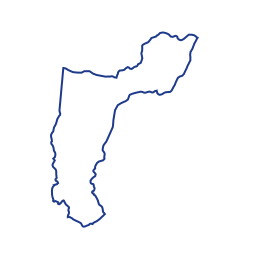 Gadette, Dennery, Saint Lucia, rotated 343°
{"feature_id": "8701671B91623550198243", "entity_name": "Gadette", "entity_type": "district", "adm_level": 2, "iso_a3": "LCA", "parent_name": "Saint Lucia", "parent_adm1": "Dennery", "projection": "albers", "projection_center": [-60.911, 13.957], "detail": "fine", "context": "isolated", "style": "outline", "palette": "blue", "viewbox_px": 256, "rotation_deg": 343, "n_neighbors": 0, "source": "geoboundaries", "source_scale": "gbopen_adm2", "svg_char_len": 5591}
<svg xmlns="http://www.w3.org/2000/svg" viewBox="0 0 256 256"><g transform="rotate(343 128 128)"><path d="M40.0,161.6L39.1,162.3L38.2,163.1L37.4,164.6L36.7,166.4L36.3,168.2L35.9,169.4L35.7,171.1L35.6,172.2L35.7,173.7L35.7,174.8L35.2,175.4L35.1,176.0L35.3,176.4L35.8,176.8L36.7,176.6L37.0,176.6L37.3,176.7L39.5,178.6L39.6,179.0L39.1,179.9L39.0,180.0L39.2,180.3L39.3,180.5L39.6,180.6L40.2,180.8L40.3,180.7L41.2,180.4L41.9,180.0L42.1,179.9L42.4,179.7L42.8,179.3L43.2,179.1L43.6,178.8L44.0,178.6L44.7,178.4L45.1,178.4L45.4,178.7L45.5,178.8L45.5,179.2L45.7,180.8L45.8,181.1L45.9,181.4L46.1,182.0L46.1,182.7L46.3,183.1L47.1,184.3L47.6,185.1L47.8,185.4L48.0,185.7L48.2,186.0L48.2,186.3L48.3,186.8L48.2,187.1L47.8,187.8L47.6,187.9L47.4,188.2L47.3,188.5L47.0,189.1L46.9,189.4L46.8,189.7L46.9,189.9L47.0,190.4L47.0,190.8L47.0,191.1L46.6,192.2L46.5,192.5L46.0,193.0L45.7,193.4L45.2,193.8L44.8,194.6L44.6,194.9L44.4,195.6L44.7,195.6L45.2,195.8L45.5,195.9L46.0,196.1L46.3,196.2L46.5,196.4L46.9,196.8L47.9,197.8L48.2,198.2L48.4,198.6L48.7,199.1L49.1,199.5L50.0,200.4L50.4,200.8L50.8,201.1L51.6,201.9L52.9,203.0L53.4,203.5L54.2,204.3L54.3,204.4L54.6,204.6L54.8,204.9L55.1,205.3L55.3,206.0L55.5,207.0L55.7,208.1L55.9,208.6L56.0,208.8L56.3,209.1L56.5,209.3L56.9,209.4L57.4,209.5L58.0,209.5L58.8,209.5L59.2,209.4L61.3,209.3L62.2,209.3L62.4,209.2L62.9,208.8L63.2,208.7L63.7,208.5L64.2,208.6L64.5,208.6L64.9,208.8L65.2,209.0L65.8,209.4L66.0,209.5L66.1,209.3L66.4,209.0L66.9,208.8L67.3,208.6L67.7,208.5L68.3,208.4L69.8,208.2L71.4,207.8L73.1,207.2L74.0,206.9L75.3,206.3L76.8,205.5L78.3,204.8L78.9,204.5L80.7,203.5L80.6,203.3L80.5,203.1L80.3,202.3L79.7,201.2L79.7,200.8L79.7,200.4L79.7,200.0L79.9,199.5L80.0,198.6L80.1,197.9L80.2,197.2L80.1,196.5L80.0,195.6L79.9,195.4L79.2,194.3L78.4,193.4L78.2,193.1L78.0,192.7L77.9,192.4L77.9,191.0L78.0,190.2L77.9,189.7L78.0,188.9L77.9,187.9L77.8,187.1L77.6,186.4L77.5,185.5L77.1,183.9L76.9,182.9L76.8,182.7L76.1,182.2L75.9,181.9L75.8,181.7L76.0,181.1L76.0,180.7L75.6,180.4L75.2,180.2L74.9,179.7L74.8,179.2L74.9,178.9L75.0,178.6L75.3,178.3L75.5,178.2L76.4,178.1L76.7,178.1L76.9,178.0L77.3,177.7L77.5,177.5L78.3,176.1L78.5,175.7L78.2,174.2L78.2,173.7L78.5,172.8L78.5,171.8L78.3,171.5L78.1,171.3L77.2,170.9L76.4,170.1L76.3,169.1L76.8,167.3L77.5,166.9L78.1,166.3L78.6,166.0L79.7,165.4L81.2,164.8L82.6,164.4L83.0,163.7L83.6,162.7L83.2,161.4L82.9,160.9L82.5,160.2L82.2,159.1L82.6,158.4L83.0,158.1L83.7,157.6L84.6,157.2L84.8,157.0L85.0,155.9L85.1,155.7L86.1,154.3L88.3,152.3L90.7,151.5L91.3,151.6L94.7,151.6L95.8,151.0L96.5,150.6L96.6,149.4L97.1,148.1L97.6,147.2L98.1,146.1L98.1,144.3L97.6,143.2L97.3,142.1L97.4,141.4L98.1,139.8L98.6,138.8L99.0,138.2L99.6,137.4L99.9,137.1L100.7,136.5L102.3,135.3L102.7,135.2L104.4,133.4L109.9,127.1L111.1,125.7L113.7,122.7L114.9,120.0L116.3,116.3L116.8,115.3L120.8,107.2L124.9,103.2L128.4,102.3L131.5,101.8L133.4,101.7L136.3,100.7L138.7,97.4L139.4,96.8L142.0,96.5L146.1,96.6L150.8,97.0L152.4,97.8L153.5,98.8L155.3,99.4L157.3,99.3L158.8,99.4L159.5,99.6L161.5,101.1L162.5,101.3L164.9,100.5L166.1,100.9L166.2,101.6L166.3,101.5L166.3,102.4L166.2,103.2L166.9,104.6L167.9,105.5L170.2,105.7L171.7,105.3L172.6,105.0L174.3,104.8L178.9,105.8L179.1,105.7L180.6,105.0L183.7,101.9L185.5,100.3L186.7,98.7L187.5,97.7L189.4,95.7L190.4,94.6L192.6,93.9L195.2,93.9L197.5,92.5L197.6,92.3L198.7,91.0L199.5,90.2L201.2,88.4L202.6,86.7L202.9,86.2L205.1,84.0L205.7,83.3L207.4,81.6L207.8,80.3L208.1,79.2L208.4,78.4L208.7,76.6L210.0,73.5L210.7,73.0L211.8,71.9L212.5,71.4L212.7,71.1L214.8,68.4L215.8,67.2L216.1,66.6L217.0,65.9L217.8,65.1L219.8,63.0L220.6,62.3L220.9,62.1L220.0,61.0L219.6,60.1L218.2,58.5L216.1,57.4L213.7,56.6L212.2,57.0L210.8,57.7L209.1,58.4L207.2,59.2L205.0,59.6L203.9,59.4L202.4,58.1L201.7,56.7L201.8,55.0L201.2,54.4L200.7,53.9L199.9,53.7L197.4,54.0L195.5,52.9L195.2,52.1L194.1,50.1L192.9,49.1L191.8,48.2L190.2,47.3L189.5,46.9L186.5,46.5L184.6,47.5L183.7,47.8L182.5,48.0L181.8,48.7L176.7,48.8L175.3,50.0L173.0,51.5L172.1,51.9L170.6,52.1L169.3,52.2L168.7,52.3L166.4,52.8L165.7,53.4L165.5,53.7L165.0,55.8L164.6,56.8L164.1,58.3L163.5,59.1L162.6,60.5L162.1,65.5L161.6,66.1L160.8,67.4L159.8,68.7L159.1,69.5L157.5,69.8L156.6,69.8L155.6,70.7L155.0,71.3L154.1,71.6L153.4,71.4L152.7,71.5L152.2,71.5L151.6,71.6L150.2,72.1L148.8,72.6L148.0,72.2L147.3,71.9L147.1,71.7L146.6,70.5L145.5,69.7L143.5,70.2L141.3,71.3L139.5,71.2L136.7,70.6L136.1,71.0L135.3,71.5L134.7,72.0L134.2,73.2L132.8,74.6L132.4,75.5L132.2,75.7L131.7,76.5L130.4,75.9L130.0,75.7L128.9,74.6L128.6,74.3L127.7,73.8L127.0,73.7L126.6,73.6L125.7,73.6L124.3,73.0L121.7,72.4L116.3,69.6L113.3,68.0L111.8,66.8L110.3,65.6L108.7,63.5L107.9,62.5L102.9,60.9L99.8,61.5L96.0,60.3L94.8,59.8L91.6,58.4L89.5,56.6L87.6,54.9L85.9,52.9L84.0,51.8L83.7,51.7L83.1,53.1L79.3,62.5L77.4,67.1L75.5,71.8L67.7,90.9L67.5,91.5L67.4,93.8L67.4,94.5L66.9,95.6L65.8,96.3L64.5,97.4L63.3,98.5L62.6,99.4L61.4,101.4L60.1,103.2L59.2,104.2L57.9,105.3L57.2,106.2L55.5,109.4L54.0,110.4L52.8,111.6L52.3,112.4L51.9,113.9L51.8,114.9L51.8,116.2L51.7,116.5L51.6,117.4L51.3,118.6L50.5,119.0L50.3,119.7L50.1,120.5L50.2,121.2L50.7,122.3L50.9,123.3L51.0,125.0L50.6,127.6L50.5,128.1L50.9,129.0L50.9,129.7L51.1,130.6L50.9,131.5L50.7,132.6L50.4,133.1L49.5,134.3L49.5,134.5L48.8,134.8L47.6,135.4L47.9,136.2L48.5,137.6L46.3,139.7L45.4,140.6L44.9,141.6L45.0,143.3L46.6,146.2L46.8,148.1L46.6,148.8L46.0,150.8L45.8,151.5L45.3,154.1L45.3,154.6L45.1,154.8L44.9,155.2L43.7,155.8L43.5,156.8L43.5,157.1L43.9,157.8L44.8,158.5L44.9,158.9L45.0,160.3L44.3,160.6L43.5,160.9L41.4,160.9L41.5,161.0L41.3,161.0L40.0,161.6Z" fill="none" stroke="#1e3a8a" stroke-width="2"/></g></svg>